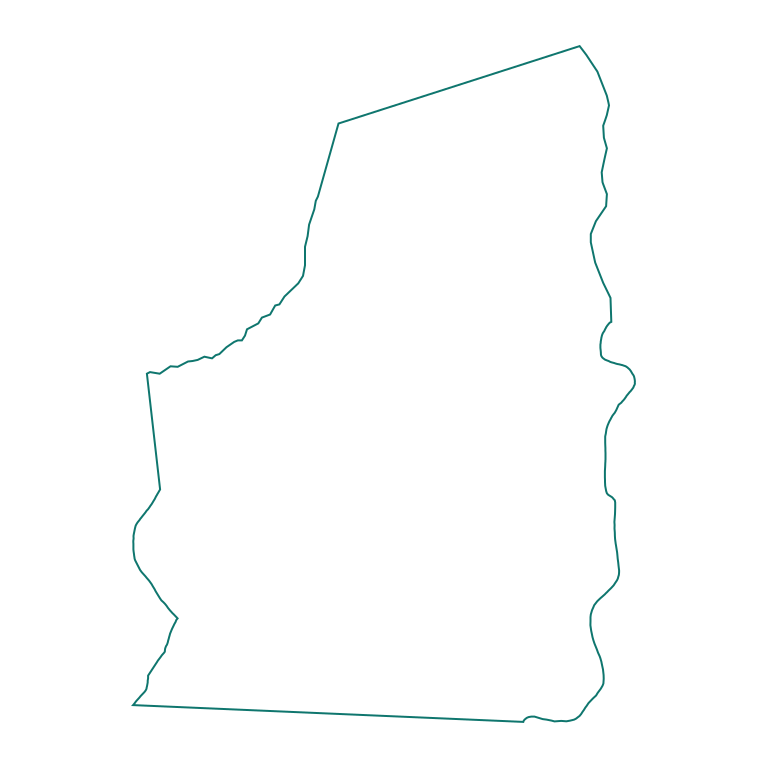 outline of Ponyon, Choiseul, Saint Lucia
{"feature_id": "8701671B8071500438377", "entity_name": "Ponyon", "entity_type": "district", "adm_level": 2, "iso_a3": "LCA", "parent_name": "Saint Lucia", "parent_adm1": "Choiseul", "projection": "mercator", "projection_center": [-61.043, 13.797], "detail": "fine", "context": "isolated", "style": "outline", "palette": "teal", "viewbox_px": 768, "rotation_deg": 0, "n_neighbors": 0, "source": "geoboundaries", "source_scale": "gbopen_adm2", "svg_char_len": 5617}
<svg xmlns="http://www.w3.org/2000/svg" viewBox="0 0 768 768"><path d="M611.3,321.9L610.5,297.9L607.3,291.3L603.2,282.9L595.2,262.6L594.4,259.0L590.8,242.3L590.8,234.0L595.9,221.2L606.1,206.2L606.9,194.1L602.9,183.4L602.5,182.1L601.7,172.3L603.7,162.7L604.7,158.0L606.9,148.3L604.3,139.2L603.9,137.7L603.2,125.7L605.1,120.3L606.8,115.2L608.2,109.0L609.0,105.4L608.4,102.4L606.8,95.6L597.4,71.6L590.8,61.7L586.4,55.0L582.6,50.0L579.6,46.1L338.5,123.5L317.9,196.6L315.8,200.8L314.3,209.3L309.1,224.6L307.6,236.2L305.0,246.8L305.0,265.3L303.0,275.9L298.3,283.3L284.5,296.5L279.4,304.4L275.2,305.5L270.1,314.5L261.9,317.6L258.3,323.4L247.0,329.3L245.0,335.6L241.9,340.4L237.8,340.4L234.2,341.9L226.5,347.2L219.3,354.1L215.7,355.2L212.1,358.3L211.3,358.2L204.4,356.7L197.7,359.9L192.6,361.0L188.0,361.5L177.7,366.8L170.5,366.3L159.7,373.7L150.0,372.1L146.9,373.7L160.1,489.5L158.9,491.5L158.3,492.6L157.8,493.4L157.2,494.4L156.7,495.4L156.2,496.1L155.9,496.7L155.2,498.1L154.6,499.3L154.0,500.2L153.1,501.7L152.7,502.4L151.4,504.5L150.6,505.5L149.3,507.5L148.7,508.3L148.0,509.3L146.8,510.5L146.1,511.4L145.6,512.2L144.1,514.1L142.8,515.7L141.7,517.1L141.1,517.9L140.3,518.8L139.4,520.2L138.7,521.0L137.5,522.5L136.5,524.1L135.9,525.2L135.6,525.9L135.0,528.2L133.8,534.1L133.5,536.0L133.6,538.5L133.3,540.9L133.3,542.2L133.4,543.7L133.4,545.2L133.4,547.2L133.4,549.3L133.5,550.5L133.7,552.2L134.0,554.2L134.2,556.0L134.4,557.1L134.6,558.7L135.2,560.4L139.6,569.0L140.0,569.8L141.2,571.5L141.9,572.4L145.5,576.4L146.7,577.9L148.1,579.5L149.2,580.8L149.7,581.5L150.5,582.6L151.7,584.3L152.7,586.1L154.6,589.2L155.6,591.2L159.9,598.2L161.4,600.4L163.5,602.3L165.2,604.1L166.7,606.0L167.9,607.8L169.9,610.3L171.0,611.5L172.6,613.3L173.5,614.1L177.6,618.4L176.3,620.0L175.5,622.1L174.6,623.6L174.1,624.6L173.3,626.3L172.6,627.7L171.9,629.2L171.2,630.9L170.3,633.1L170.0,633.9L169.6,635.5L169.1,637.2L168.7,638.8L168.1,640.8L167.8,642.3L167.3,643.8L166.9,644.8L166.0,646.2L165.3,648.1L165.1,648.8L165.0,649.6L164.8,651.7L164.1,652.7L161.8,655.3L160.7,656.9L159.5,658.5L158.8,659.4L157.8,660.7L157.1,661.9L148.1,675.6L148.1,678.2L147.7,680.8L147.7,682.4L147.3,684.6L147.0,686.2L146.6,687.8L146.5,688.7L146.1,689.6L145.4,690.8L144.4,692.1L140.5,696.2L139.4,697.6L136.4,700.9L135.6,701.9L134.6,703.3L133.1,705.1L523.3,721.9L523.5,721.1L524.6,719.6L526.7,717.9L528.5,717.1L531.3,716.6L534.5,716.6L538.1,717.7L542.7,719.1L546.5,719.6L551.5,720.6L554.5,721.4L561.2,720.9L566.4,721.3L569.8,720.7L572.3,720.1L574.2,719.6L576.1,718.6L577.9,717.2L579.5,716.0L581.1,714.1L582.7,711.6L583.8,710.1L585.4,707.5L586.5,706.1L588.5,703.1L592.3,699.1L593.4,698.0L596.1,695.5L597.6,693.0L600.8,688.7L602.6,685.6L603.4,683.5L603.7,679.0L603.7,678.3L603.6,675.0L603.3,672.3L603.0,669.5L602.2,665.8L601.7,663.4L601.4,661.8L600.3,658.0L599.6,656.1L598.0,652.6L596.9,649.5L594.5,643.6L593.4,640.3L592.5,637.1L591.9,634.1L591.2,630.8L590.8,628.1L590.4,625.2L590.5,620.9L590.5,617.2L590.8,614.5L592.0,610.3L593.3,607.4L594.2,605.2L595.6,603.4L596.2,602.6L597.3,601.2L599.9,598.7L601.1,597.6L601.6,597.2L602.4,596.5L605.0,594.2L605.6,593.5L607.3,591.9L608.3,590.8L611.1,588.1L613.6,585.4L614.4,584.2L614.9,583.4L617.0,580.3L617.8,578.6L618.4,576.4L618.8,575.2L619.0,573.7L619.1,571.9L619.1,570.4L618.6,566.3L618.2,562.4L617.7,558.7L617.4,555.3L617.1,552.3L616.5,548.6L615.9,544.8L615.7,543.8L615.5,542.2L615.1,539.2L614.9,536.1L614.8,532.4L614.7,531.0L614.5,528.5L614.6,525.0L614.4,522.0L615.0,514.2L615.1,511.0L615.2,507.3L615.2,504.4L615.2,502.5L614.8,500.3L613.5,498.9L612.9,498.1L611.9,497.1L608.2,494.8L606.9,493.3L606.2,491.2L606.0,490.2L605.2,485.9L605.1,484.0L605.0,481.9L605.0,480.0L604.9,477.5L604.9,475.1L604.9,473.6L604.9,472.6L604.9,471.1L605.1,467.7L605.2,465.7L605.3,462.7L605.4,462.0L605.4,460.8L605.5,459.4L605.5,456.3L605.5,453.0L605.4,450.7L605.4,448.0L605.3,445.8L605.2,442.6L605.2,440.7L605.2,437.8L605.2,436.5L605.6,434.5L605.8,433.7L606.0,432.2L606.1,431.5L606.5,429.0L607.1,427.0L607.4,426.1L607.7,425.2L608.3,423.8L608.8,422.6L609.4,421.3L609.9,420.4L610.6,419.2L611.0,418.3L611.7,417.1L612.5,415.6L613.4,414.5L613.8,413.9L614.6,413.0L615.7,411.1L616.5,409.6L617.2,408.0L618.7,404.7L621.4,402.6L621.9,401.9L622.5,401.2L623.2,400.5L623.9,399.7L624.7,398.7L625.1,398.1L625.6,397.4L626.1,396.7L626.6,395.8L627.1,395.2L627.8,394.4L628.5,393.5L629.1,392.8L629.6,392.1L630.3,391.5L630.9,390.8L631.5,390.0L632.1,389.3L632.6,388.5L633.2,387.8L633.6,386.9L633.9,386.0L634.3,385.4L634.7,384.4L634.9,383.8L634.8,382.6L634.9,381.5L634.8,380.2L634.5,378.4L634.3,377.6L634.1,376.7L633.7,375.7L633.3,375.0L632.5,373.9L632.0,373.1L631.7,372.5L631.3,371.9L631.0,371.3L630.5,370.6L630.1,370.1L629.7,369.5L628.7,368.6L627.9,367.9L627.3,367.3L626.5,366.9L625.8,366.3L624.9,366.0L624.0,365.7L623.1,365.4L622.4,365.1L621.7,365.0L620.7,364.7L619.8,364.5L619.1,364.3L618.4,364.2L617.3,364.0L616.2,363.7L615.2,363.4L614.5,363.1L613.7,362.9L613.0,362.7L611.8,362.4L610.5,362.0L609.5,361.5L608.6,361.0L607.4,360.6L606.2,360.1L605.1,359.7L604.3,359.1L603.3,358.4L602.5,357.7L602.1,357.2L601.7,356.6L601.3,355.9L601.0,354.9L600.9,354.0L600.9,353.1L600.8,351.7L600.7,350.6L600.6,349.7L600.5,348.9L600.4,347.7L600.4,346.8L600.4,345.9L600.4,344.7L600.5,343.9L600.7,342.9L600.7,342.0L600.9,340.8L601.0,340.0L601.2,339.1L601.3,338.4L601.4,337.6L601.6,337.0L601.8,336.0L602.1,335.0L602.5,334.0L602.8,333.2L603.3,332.5L603.8,331.7L604.3,331.0L604.6,330.4L604.9,329.7L605.3,328.9L605.7,328.3L606.1,327.3L606.5,326.8L606.9,326.2L607.3,325.5L607.8,325.0L608.2,324.4L609.1,323.4L609.7,322.7L610.5,322.3L611.3,321.9Z" fill="none" stroke="#0f766e" stroke-width="2"/></svg>